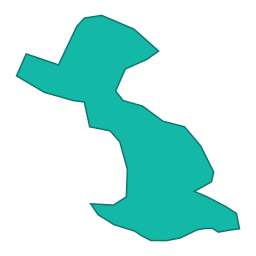 the border of Preilu
{"feature_id": "LVA-1089", "entity_name": "Preilu", "entity_type": "Municipality", "adm_level": 1, "iso_a3": "LVA", "parent_name": "Latvia", "parent_adm1": "", "projection": "robinson", "projection_center": [26.704, 56.28], "detail": "fine", "context": "isolated", "style": "filled", "palette": "teal", "viewbox_px": 256, "rotation_deg": 0, "n_neighbors": 0, "source": "natural_earth", "source_scale": "10m", "svg_char_len": 661}
<svg xmlns="http://www.w3.org/2000/svg" viewBox="0 0 256 256"><path d="M166.3,240.6L150.8,240.5L141.4,235.6L134.6,231.1L114.0,224.6L98.2,214.8L90.7,203.8L113.4,205.1L126.3,196.9L127.4,169.4L119.8,141.9L110.1,130.9L89.7,126.8L84.3,102.0L73.5,100.6L44.4,92.4L16.5,75.9L26.2,53.9L58.5,64.9L76.8,26.4L84.4,18.1L101.6,15.4L133.9,29.1L158.6,51.1L146.8,59.4L125.3,69.0L115.6,91.0L123.1,100.6L142.5,106.1L163.0,121.3L184.5,126.8L200.7,146.0L213.7,172.1L211.5,181.8L194.3,191.4L207.2,196.9L225.6,206.5L236.4,213.4L239.5,228.8L231.1,229.9L218.2,232.1L212.6,228.5L205.5,228.4L197.2,229.8L180.2,238.0L166.3,240.6Z" fill="#14b8a6" stroke="#0f766e" stroke-width="1.5"/></svg>